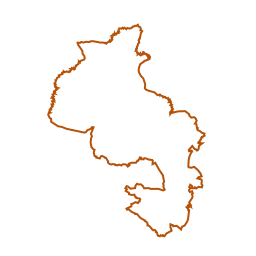 Fao Rai, Nong Khai, Thailand, rotated 7°
{"feature_id": "78962969B41477512763413", "entity_name": "Fao Rai", "entity_type": "district", "adm_level": 2, "iso_a3": "THA", "parent_name": "Thailand", "parent_adm1": "Nong Khai", "projection": "albers", "projection_center": [103.294, 18.001], "detail": "fine", "context": "isolated", "style": "outline", "palette": "amber", "viewbox_px": 256, "rotation_deg": 7, "n_neighbors": 0, "source": "geoboundaries", "source_scale": "gbopen_adm2", "svg_char_len": 5807}
<svg xmlns="http://www.w3.org/2000/svg" viewBox="0 0 256 256"><g transform="rotate(7 128 128)"><path d="M199.9,197.2L197.8,194.4L200.3,189.4L200.4,187.7L199.4,185.8L200.3,185.0L199.3,183.0L197.2,184.0L196.3,183.0L196.1,182.2L197.3,180.1L195.9,179.1L196.7,176.7L198.9,178.0L198.5,179.5L199.1,180.0L201.1,179.7L201.7,178.7L203.0,179.7L205.2,177.8L208.6,177.9L208.9,175.9L207.7,174.6L207.7,171.4L207.1,170.1L203.1,169.6L203.9,168.3L207.0,167.0L205.4,164.2L202.5,161.3L198.5,158.5L195.7,159.7L193.2,159.6L192.6,159.1L192.1,152.2L192.4,149.0L193.5,145.2L194.5,143.5L193.9,142.7L191.5,143.6L191.0,142.5L194.0,138.0L196.7,140.8L198.2,140.9L198.9,141.9L199.7,141.8L200.6,140.3L200.6,137.1L203.6,134.1L201.4,134.3L201.0,133.4L200.2,134.5L199.5,134.2L199.9,133.1L200.9,132.5L201.0,131.2L201.7,130.9L201.9,128.7L202.9,128.4L202.6,127.7L205.0,126.3L204.3,125.3L204.5,124.2L201.9,123.8L200.2,122.5L197.4,121.6L196.9,120.6L197.2,119.7L196.5,119.7L195.4,115.9L194.9,115.3L194.0,115.4L195.3,112.4L193.9,110.2L192.2,109.2L189.6,110.0L187.3,108.2L187.0,106.9L182.7,104.3L175.7,105.4L168.8,108.0L168.2,109.1L167.8,107.2L168.9,105.8L170.1,105.6L169.3,104.3L170.3,103.6L169.2,102.5L169.2,101.8L168.6,102.0L168.2,100.6L168.6,99.8L167.9,99.9L168.3,99.4L167.5,99.1L167.7,97.6L167.2,97.0L166.0,97.2L166.8,96.3L165.7,96.0L166.3,95.4L166.0,94.5L165.1,94.7L164.6,94.0L164.4,94.7L163.0,93.5L161.6,93.5L161.5,92.9L160.6,92.5L159.1,93.3L158.5,92.1L156.4,91.8L155.9,91.2L155.6,91.6L155.3,91.0L153.3,91.8L150.0,89.4L143.9,88.5L141.2,87.7L139.9,86.6L139.7,82.3L137.1,76.9L134.4,74.7L132.4,71.9L131.6,70.0L131.5,67.3L132.3,63.2L136.1,59.8L136.1,59.3L137.6,58.8L137.4,58.2L137.7,58.5L139.6,57.8L140.1,57.4L139.9,56.9L141.0,56.7L141.1,54.5L140.4,53.8L140.4,55.0L139.5,54.7L139.3,55.2L138.8,54.6L139.1,54.0L138.3,53.7L138.7,53.3L137.9,52.5L134.5,51.6L134.3,50.8L133.8,50.8L133.7,51.7L134.7,52.4L133.9,52.4L133.6,53.3L133.0,53.2L131.9,54.4L131.3,54.1L131.7,53.4L131.2,52.1L129.9,53.5L129.2,53.1L128.6,53.7L128.6,52.3L127.9,52.3L127.2,50.4L126.2,50.5L126.3,49.8L126.9,49.7L126.5,48.2L127.2,47.9L126.9,45.9L127.6,45.2L127.7,43.1L128.8,41.9L127.9,39.7L128.6,38.7L128.2,38.0L128.8,37.5L129.3,32.0L130.3,30.2L129.4,29.4L128.4,29.5L128.5,27.4L127.5,26.3L125.9,25.9L125.2,24.4L123.7,25.7L122.4,25.7L121.3,26.7L120.4,26.8L119.1,28.5L117.3,29.1L115.0,28.9L114.3,30.1L112.1,28.9L111.3,29.9L110.5,29.2L109.5,30.2L107.3,30.1L106.6,31.9L107.3,33.1L106.6,33.0L106.2,33.6L107.0,34.8L105.5,35.2L105.0,36.6L104.2,36.9L104.1,36.2L103.5,36.7L103.2,36.0L103.1,36.8L102.9,36.1L102.3,36.3L102.6,37.3L101.8,37.3L100.7,38.3L101.4,38.3L101.5,39.2L101.1,39.2L101.3,40.0L100.7,40.6L101.6,41.8L100.7,42.6L101.0,43.0L100.4,43.3L100.3,44.2L99.9,44.6L99.4,44.0L99.4,44.7L98.3,44.5L96.9,46.1L95.3,46.2L95.5,46.8L92.8,46.2L90.1,46.6L82.8,46.1L80.2,46.5L79.4,47.3L75.6,47.6L73.4,48.6L71.1,48.3L70.0,49.4L68.0,49.5L67.2,48.8L68.4,51.5L73.3,57.0L73.9,59.9L75.8,61.8L76.6,64.0L76.1,65.4L72.4,67.4L72.3,68.7L71.4,68.1L71.6,68.7L71.1,69.0L71.9,69.9L71.4,69.7L70.9,70.7L69.2,71.9L69.1,72.7L68.5,72.7L67.9,76.2L67.5,76.5L66.6,75.4L66.5,76.0L65.8,76.1L64.9,75.4L64.5,76.4L63.7,76.5L64.5,77.2L63.4,79.4L62.7,78.9L61.8,79.8L60.3,79.3L58.5,80.3L57.4,79.6L57.5,80.3L56.5,80.6L56.5,81.7L55.9,81.6L56.1,82.6L52.9,84.1L53.6,85.5L51.6,86.7L50.9,89.1L50.3,89.4L50.7,89.8L50.3,91.8L49.0,93.2L50.3,92.7L50.9,93.6L50.0,93.8L50.0,94.2L50.8,96.1L51.6,95.9L52.3,96.6L52.9,96.1L52.7,96.6L53.6,96.8L52.4,97.4L52.9,97.9L52.0,98.4L52.3,99.0L50.8,100.0L51.2,100.9L50.1,100.9L50.0,101.8L51.1,102.7L50.4,102.6L49.9,103.7L49.1,104.0L50.0,105.2L49.3,106.0L50.2,106.0L49.8,106.5L50.0,107.2L49.3,107.6L50.8,107.9L50.5,108.9L51.5,109.2L51.7,110.3L50.7,109.6L50.7,110.7L49.5,110.8L51.0,113.6L50.5,114.2L49.3,114.1L49.8,115.4L50.5,115.3L50.6,115.9L49.5,116.9L49.5,118.6L48.8,118.1L47.9,119.6L48.4,120.7L47.7,121.8L49.0,122.3L47.8,122.9L47.1,124.4L49.2,127.7L50.5,128.2L51.0,131.2L58.4,134.8L62.2,135.0L67.2,136.3L85.4,137.9L86.8,137.1L87.9,135.2L91.1,133.4L92.2,131.5L93.7,131.5L91.9,138.3L93.2,140.7L92.6,142.9L92.7,147.1L94.0,151.3L96.3,153.4L97.4,153.7L97.0,156.5L98.3,159.9L100.2,160.2L100.1,161.2L103.7,161.7L104.7,159.3L105.6,158.9L108.1,159.7L108.7,160.4L109.7,160.3L112.3,163.5L112.4,164.8L113.8,165.8L115.7,166.3L117.4,165.6L119.4,165.7L119.8,166.4L121.3,166.1L121.8,166.5L123.5,165.5L126.0,166.0L126.8,164.9L129.1,164.4L130.8,164.7L132.5,166.3L133.3,165.5L132.7,165.0L132.9,164.0L133.6,164.7L134.1,164.4L133.5,163.1L133.9,163.4L134.7,162.4L135.6,162.1L140.2,161.5L141.3,159.3L142.1,159.3L143.5,155.7L144.8,156.0L144.9,157.4L147.3,157.2L147.7,156.1L149.1,155.9L152.3,156.8L155.9,156.8L156.6,157.5L156.8,160.9L159.3,159.2L164.1,165.8L168.4,170.7L170.4,177.0L169.6,179.1L170.3,180.2L170.3,182.1L171.9,184.8L170.5,185.7L165.7,184.7L157.7,185.7L155.9,185.1L151.3,185.9L149.8,183.8L147.8,182.4L145.2,182.7L143.8,182.2L142.5,184.3L142.4,186.8L137.9,187.9L135.1,186.1L133.7,185.9L132.7,188.1L134.4,188.9L133.4,190.7L136.8,192.2L137.1,193.6L139.9,194.0L142.5,193.4L143.5,195.4L144.6,195.7L144.8,196.5L148.2,196.6L148.8,197.2L148.4,199.6L147.7,199.6L147.0,201.3L144.5,200.7L142.1,202.5L140.6,202.9L140.9,205.3L136.3,208.2L137.0,209.2L138.5,208.6L141.8,210.8L145.4,211.9L145.6,212.5L147.2,212.2L151.4,215.8L156.0,217.7L156.1,218.3L157.8,218.9L159.0,220.4L159.2,222.3L160.1,222.2L162.4,223.7L164.4,225.8L165.6,226.0L165.7,226.4L167.3,226.0L168.0,226.7L168.3,227.8L169.0,227.7L169.5,228.4L170.7,231.2L172.9,231.6L173.4,230.5L174.5,230.8L175.2,230.1L175.9,230.2L176.1,231.0L177.3,231.0L179.0,228.0L183.8,224.6L182.1,221.0L181.9,218.4L184.5,219.1L184.8,220.0L188.3,219.2L193.1,222.2L193.5,219.6L196.1,217.9L198.0,214.0L198.7,211.3L198.7,202.2L197.8,202.1L197.8,201.2L196.0,199.7L198.4,198.9L198.0,198.1L196.8,197.9L197.3,197.0L199.7,198.3L199.2,197.4L199.9,197.2Z" fill="none" stroke="#b45309" stroke-width="2"/></g></svg>